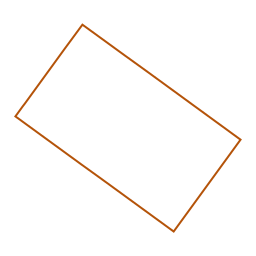 outline of Kossuth, Iowa, United States of America, rotated 306°
{"feature_id": "52423323B59270943515315", "entity_name": "Kossuth", "entity_type": "district", "adm_level": 2, "iso_a3": "USA", "parent_name": "United States of America", "parent_adm1": "Iowa", "projection": "mercator", "projection_center": [-94.205, 43.204], "detail": "fine", "context": "isolated", "style": "outline", "palette": "amber", "viewbox_px": 256, "rotation_deg": 306, "n_neighbors": 0, "source": "geoboundaries", "source_scale": "gbopen_adm2", "svg_char_len": 341}
<svg xmlns="http://www.w3.org/2000/svg" viewBox="0 0 256 256"><g transform="rotate(306 128 128)"><path d="M184.8,30.4L155.4,30.2L155.1,30.2L151.8,30.2L151.3,30.2L118.1,30.2L86.9,30.2L83.7,30.1L71.2,30.1L71.1,111.4L71.2,139.9L71.1,225.8L184.7,225.9L184.9,111.3L184.8,82.6L184.8,30.4Z" fill="none" stroke="#b45309" stroke-width="2"/></g></svg>